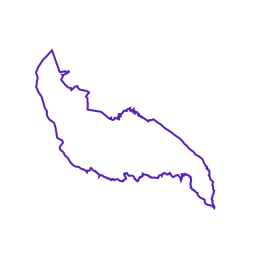 the district of Tabalong, Kalimantan Selatan, Indonesia, rotated 103°
{"feature_id": "22746128B29828162207979", "entity_name": "Tabalong", "entity_type": "district", "adm_level": 2, "iso_a3": "IDN", "parent_name": "Indonesia", "parent_adm1": "Kalimantan Selatan", "projection": "orthographic", "projection_center": [115.6, -1.837], "detail": "fine", "context": "isolated", "style": "outline", "palette": "violet", "viewbox_px": 256, "rotation_deg": 103, "n_neighbors": 0, "source": "geoboundaries", "source_scale": "gbopen_adm2", "svg_char_len": 5934}
<svg xmlns="http://www.w3.org/2000/svg" viewBox="0 0 256 256"><g transform="rotate(103 128 128)"><path d="M180.3,158.0L179.5,157.9L179.0,158.3L178.7,158.3L178.5,157.7L178.7,157.2L178.2,155.9L176.8,155.4L175.6,155.5L175.3,154.9L176.2,153.9L176.6,153.1L177.3,152.3L177.4,151.5L177.3,150.0L177.6,149.6L178.2,149.3L178.5,148.7L178.3,148.1L179.1,147.4L179.7,146.1L179.7,145.5L180.6,145.1L181.5,145.1L180.8,144.7L179.8,143.1L180.3,142.2L180.2,141.9L181.0,140.7L180.8,139.6L181.1,139.0L181.0,138.5L181.9,136.7L181.2,135.6L181.8,135.1L182.1,134.4L182.1,133.8L181.8,133.0L182.4,132.8L182.5,132.5L181.5,132.1L181.1,131.2L181.1,130.7L181.8,130.3L182.0,129.8L180.7,127.9L180.2,126.5L180.3,125.8L181.4,123.9L181.2,122.3L181.3,121.5L181.1,121.0L180.9,120.8L180.3,121.0L179.1,119.7L178.7,119.6L178.2,119.2L178.0,118.7L177.7,118.5L177.3,118.6L176.9,119.1L176.1,119.4L175.3,120.6L174.4,121.1L174.1,121.1L173.9,120.8L173.4,121.3L172.4,119.7L172.3,118.6L173.3,118.0L174.2,116.7L174.1,115.2L173.6,114.4L173.6,112.5L174.1,111.5L174.8,110.8L175.5,110.5L175.4,110.2L175.7,109.8L176.4,109.5L176.6,108.8L177.1,108.5L177.6,107.7L177.7,106.6L177.0,106.6L176.7,106.1L176.2,106.4L175.6,106.3L175.4,106.1L174.3,105.9L173.9,105.6L173.4,105.5L173.6,104.6L172.4,104.2L172.1,103.2L171.5,102.9L171.2,102.9L171.1,103.2L170.4,103.0L170.2,103.2L169.7,102.9L169.3,103.1L169.7,101.6L169.5,100.7L169.6,99.4L169.5,99.1L169.8,98.4L169.7,97.2L170.2,96.9L170.3,96.4L170.6,96.4L170.7,95.5L171.1,95.1L171.1,94.7L170.7,94.1L171.0,93.5L170.2,91.0L170.4,89.8L169.9,88.5L170.0,87.7L169.9,87.4L169.5,87.4L169.3,87.2L168.0,87.2L167.2,86.8L166.6,85.9L166.7,84.8L167.1,84.3L165.4,84.3L164.3,83.5L164.5,82.9L163.7,82.4L163.7,81.2L164.0,80.4L164.4,80.0L164.2,79.7L164.4,78.9L163.8,78.0L163.0,77.5L162.7,77.5L162.4,76.9L163.8,76.0L164.1,75.2L164.9,74.7L165.4,74.0L165.5,73.7L165.4,72.3L163.7,71.1L163.3,69.7L163.0,69.6L162.7,68.9L162.7,68.0L163.6,67.4L164.6,65.9L167.3,64.5L165.8,64.3L163.6,64.4L163.3,64.2L163.0,64.6L162.6,64.5L162.4,64.1L162.0,64.6L161.1,64.7L161.2,64.9L161.0,65.3L160.6,65.0L160.6,64.2L161.4,63.2L161.8,63.1L161.9,62.8L160.8,62.2L160.1,62.3L159.8,62.1L160.5,61.4L160.4,60.8L160.2,60.5L160.4,60.1L160.2,59.7L160.6,58.7L160.6,58.4L160.8,58.1L160.7,57.7L161.1,57.7L161.6,56.8L162.0,56.7L162.1,56.2L162.0,55.8L162.6,55.7L163.3,55.1L163.7,55.1L164.0,54.9L164.8,54.9L166.1,54.5L166.8,54.9L167.3,54.6L168.8,54.6L169.2,54.5L169.9,53.7L171.2,53.7L172.0,53.6L171.9,53.2L172.1,53.1L172.4,52.3L173.7,51.4L173.5,50.0L173.9,49.4L174.5,49.0L174.8,47.8L175.6,46.9L175.6,45.9L175.9,45.5L177.4,45.1L177.9,44.7L179.5,42.1L179.9,41.1L180.4,37.7L180.7,37.2L182.8,36.6L184.2,35.5L184.9,33.5L184.9,29.4L185.4,27.8L186.6,25.9L185.9,25.9L185.2,26.3L182.2,28.7L180.7,29.4L180.3,29.2L179.8,29.2L179.3,30.1L178.9,30.2L178.4,30.1L177.9,30.6L177.7,30.4L176.1,30.2L175.7,30.3L175.5,30.2L174.2,30.5L172.5,29.8L170.7,30.1L170.5,29.8L169.8,29.8L169.1,30.8L167.8,31.7L167.2,31.8L166.7,31.7L165.8,31.8L164.6,33.0L161.5,32.9L161.2,33.5L160.4,34.4L159.6,36.0L159.1,36.2L158.7,36.7L157.3,37.2L156.3,38.1L156.1,38.6L155.9,38.6L155.6,38.1L155.2,38.0L153.9,38.6L151.9,38.8L151.4,39.2L151.2,40.0L150.5,40.9L150.1,41.0L150.1,41.8L149.6,42.1L149.6,42.4L149.3,42.6L148.9,42.6L148.1,42.2L147.1,44.1L145.9,45.3L144.6,46.4L143.3,47.1L141.6,48.5L139.7,52.4L139.0,55.2L138.4,56.9L137.0,57.9L134.8,62.8L134.1,63.8L133.7,64.7L131.8,67.2L130.8,69.4L129.2,71.2L126.7,74.8L124.5,80.7L122.0,85.8L121.4,88.0L121.0,88.7L120.1,91.5L117.8,95.9L117.3,96.4L116.5,99.1L113.9,104.9L114.1,106.0L115.1,106.7L115.2,108.5L116.9,109.4L116.5,110.0L116.7,110.4L116.2,110.8L116.3,111.2L114.8,115.1L114.9,115.6L114.5,116.1L114.3,116.6L113.5,117.5L113.6,117.8L114.2,116.9L114.5,117.3L113.5,119.8L113.6,120.2L112.4,120.2L113.0,121.0L111.9,121.6L111.7,121.9L110.8,122.2L110.5,123.6L110.9,124.1L110.6,124.2L110.5,124.5L110.9,125.1L110.9,125.7L112.1,124.9L111.8,126.1L111.6,126.4L109.7,126.0L109.9,126.6L110.4,126.7L110.4,126.9L109.5,126.8L109.4,127.4L108.7,127.0L108.4,127.0L109.6,127.9L109.9,127.6L110.1,127.7L110.3,128.4L110.6,128.3L111.0,128.9L110.9,129.3L110.0,130.1L108.0,130.3L108.3,130.7L108.9,130.7L109.5,131.6L109.4,132.2L110.2,133.1L110.7,133.2L111.5,133.0L111.9,133.8L111.8,135.1L112.1,135.7L112.5,136.1L113.8,136.4L114.0,136.7L115.2,137.0L115.8,138.0L116.8,140.3L117.0,140.2L116.9,139.4L117.1,139.1L117.0,138.4L117.5,137.7L118.5,137.7L118.6,139.5L119.3,140.3L119.5,140.2L119.3,139.9L119.6,139.0L119.8,139.0L120.4,139.6L120.9,138.8L121.5,138.7L121.5,138.9L121.3,139.1L121.4,140.4L121.1,140.9L121.2,141.7L120.9,142.6L121.3,143.3L122.6,143.2L123.1,143.8L123.6,145.0L123.6,145.4L123.1,146.2L122.6,146.6L121.7,146.7L122.0,147.2L122.5,147.4L123.2,147.3L123.3,147.8L118.3,157.8L119.1,171.2L118.8,171.8L116.7,171.9L114.9,172.4L113.3,172.5L112.1,173.3L108.8,174.0L108.0,174.4L107.5,175.0L107.1,175.8L106.8,176.0L105.3,175.5L103.2,174.4L102.1,174.0L101.2,176.6L101.4,184.1L99.8,186.0L98.6,186.7L99.1,188.0L99.8,189.0L103.8,191.7L102.8,192.7L101.9,192.7L101.7,193.1L102.0,193.6L102.1,195.0L101.6,196.3L100.9,197.0L100.9,197.7L96.1,204.0L91.9,203.0L91.0,204.0L90.9,203.1L89.1,200.6L87.3,198.9L86.9,198.7L87.0,198.4L86.4,198.3L86.0,199.0L87.4,200.0L88.0,200.8L87.7,201.3L86.8,202.0L88.9,206.7L88.0,207.7L69.4,219.5L76.4,223.5L80.9,226.3L86.8,228.4L88.3,229.1L94.5,230.1L95.6,229.6L98.8,227.5L100.0,227.1L102.7,227.4L105.6,226.8L108.8,226.7L109.4,226.0L110.2,225.6L113.1,223.4L115.2,221.0L117.6,218.8L126.6,213.9L127.8,213.0L129.9,210.8L131.0,210.5L131.9,210.5L133.5,210.0L135.4,208.7L137.3,206.7L138.0,205.2L138.9,202.6L139.8,201.3L140.6,200.5L144.6,198.4L152.3,195.3L153.5,194.6L153.8,194.1L154.2,192.9L154.8,189.6L155.5,188.8L156.4,188.3L157.4,188.2L161.1,190.0L161.8,190.1L163.2,189.9L164.3,189.2L166.4,185.2L167.9,184.2L169.0,183.3L170.2,180.9L171.0,179.8L174.7,176.0L176.4,173.4L177.2,171.2L177.3,169.6L177.0,167.1L178.2,164.6L178.4,161.3L179.2,159.5L179.8,158.8L180.0,158.3L180.3,158.0Z" fill="none" stroke="#5b21b6" stroke-width="2"/></g></svg>